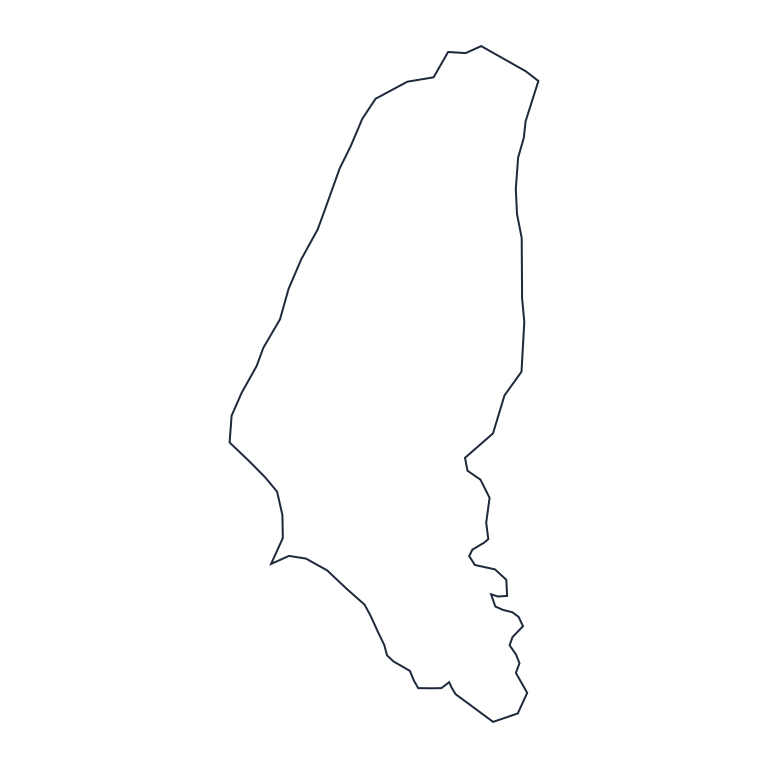 Ahoada West, Rivers, Nigeria
{"feature_id": "59680162B31457176745984", "entity_name": "Ahoada West", "entity_type": "district", "adm_level": 2, "iso_a3": "NGA", "parent_name": "Nigeria", "parent_adm1": "Rivers", "projection": "robinson", "projection_center": [6.521, 5.02], "detail": "fine", "context": "isolated", "style": "outline", "palette": "slate", "viewbox_px": 768, "rotation_deg": 0, "n_neighbors": 0, "source": "geoboundaries", "source_scale": "gbopen_adm2", "svg_char_len": 1221}
<svg xmlns="http://www.w3.org/2000/svg" viewBox="0 0 768 768"><path d="M525.8,71.3L503.7,58.8L481.2,46.1L465.6,53.1L448.1,52.0L433.6,77.3L407.3,81.7L375.6,98.7L362.3,118.8L350.6,146.4L339.7,168.4L324.5,210.8L322.7,215.7L318.6,226.9L317.8,229.2L301.2,259.4L288.6,288.8L287.6,292.4L280.0,319.3L263.4,347.7L256.6,366.1L241.7,392.7L231.6,415.7L229.6,442.5L249.4,461.4L265.3,477.5L277.1,491.7L282.4,515.0L282.7,531.2L282.8,538.1L271.1,563.9L289.0,555.9L306.0,558.6L327.3,570.5L346.1,588.3L364.6,604.7L370.9,616.4L378.0,632.1L384.3,645.1L387.0,655.3L393.4,661.4L409.9,670.9L413.9,680.6L418.2,688.1L432.0,688.3L441.4,688.1L449.2,682.2L451.8,687.9L455.6,694.2L493.1,721.9L498.3,720.1L517.8,713.4L527.2,692.9L521.8,683.3L515.9,672.9L519.5,663.2L516.0,654.5L509.6,645.3L512.5,637.1L523.0,626.2L518.6,616.9L512.3,612.2L503.0,609.9L495.3,606.5L491.1,594.3L497.9,596.5L507.1,595.9L506.3,579.8L495.0,569.4L474.9,565.0L469.2,556.1L472.4,549.6L484.2,542.6L488.3,539.1L486.2,522.7L489.6,497.9L480.5,479.7L467.5,470.7L465.0,457.8L493.0,433.4L504.5,395.4L521.5,371.7L524.3,322.1L522.1,298.3L521.7,238.0L517.0,214.0L515.8,189.2L518.1,157.6L523.8,137.9L525.6,121.3L538.4,81.0L525.8,71.3Z" fill="none" stroke="#1e293b" stroke-width="2"/></svg>